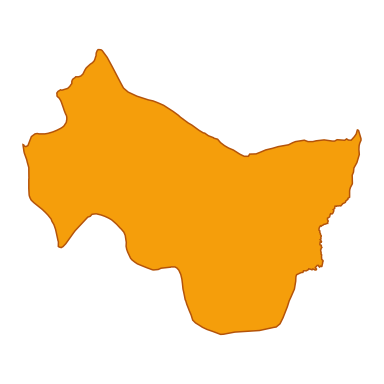 Sandu, Upper River, Gambia
{"feature_id": "56634734B93657392024497", "entity_name": "Sandu", "entity_type": "district", "adm_level": 2, "iso_a3": "GMB", "parent_name": "Gambia", "parent_adm1": "Upper River", "projection": "robinson", "projection_center": [-14.362, 13.426], "detail": "fine", "context": "isolated", "style": "filled", "palette": "amber", "viewbox_px": 384, "rotation_deg": 0, "n_neighbors": 0, "source": "geoboundaries", "source_scale": "gbopen_adm2", "svg_char_len": 4588}
<svg xmlns="http://www.w3.org/2000/svg" viewBox="0 0 384 384"><path d="M357.7,129.9L357.3,130.0L356.2,134.0L354.4,136.6L351.2,140.2L348.5,140.1L346.6,138.9L344.6,140.3L342.5,140.1L337.1,139.7L334.6,141.1L332.6,141.1L324.1,139.9L316.2,140.8L312.8,141.6L308.0,141.6L304.3,140.2L295.5,141.6L292.7,142.7L288.5,144.8L278.3,146.6L272.2,148.4L265.8,149.9L260.1,152.3L256.3,153.8L256.1,153.9L249.7,154.1L248.3,156.3L244.2,156.3L239.9,154.2L233.3,150.0L228.5,148.0L224.4,145.6L220.5,142.6L217.6,139.2L213.9,138.2L213.5,137.7L208.3,135.7L204.7,133.1L203.3,132.9L199.0,130.3L191.9,125.1L188.1,122.9L180.3,117.1L178.4,115.3L174.3,112.3L173.2,111.5L163.6,105.3L159.3,103.4L158.6,103.1L156.4,102.2L153.0,100.9L148.4,99.9L137.3,96.3L137.2,96.3L128.2,92.1L124.1,88.6L123.4,87.9L121.0,83.5L120.9,83.3L112.5,67.2L107.2,57.4L102.2,50.6L101.0,49.8L99.0,49.6L98.1,49.6L97.2,50.6L96.3,52.8L96.1,54.0L96.1,55.6L95.6,56.8L95.0,58.9L94.3,60.7L92.5,62.7L90.4,64.1L87.5,66.7L86.1,68.1L85.0,69.9L84.3,71.3L82.9,74.1L80.7,76.1L78.4,76.8L75.7,76.8L75.0,77.6L73.0,79.0L72.2,80.2L71.8,81.6L71.8,83.6L70.7,85.0L69.8,86.4L68.1,88.0L67.7,88.4L61.8,90.2L60.5,89.8L60.0,90.2L58.0,91.4L56.8,93.1L57.0,94.5L57.0,96.0L57.8,97.0L58.5,97.4L59.5,98.6L60.6,100.4L61.3,102.0L63.2,107.4L63.4,108.0L64.0,109.8L64.5,111.2L65.7,114.2L66.1,114.8L66.6,116.2L66.8,117.6L66.8,119.6L66.5,120.8L66.3,122.4L65.2,124.0L64.1,125.8L62.5,127.2L60.4,128.5L58.8,129.3L56.8,130.3L53.4,131.7L52.3,132.1L49.5,132.9L48.2,133.3L44.8,133.9L39.1,133.9L37.2,133.5L35.0,133.9L31.4,136.6L27.9,145.6L25.9,146.6L24.6,146.2L24.3,146.2L23.8,145.0L23.0,144.6L23.0,145.0L24.0,151.7L24.4,153.3L26.7,159.7L27.2,161.9L28.8,167.6L28.9,177.3L29.0,178.2L28.8,178.8L28.8,182.8L28.8,187.0L28.8,188.4L29.1,194.4L29.3,195.8L29.5,196.4L30.2,198.2L31.2,200.1L33.9,202.7L42.5,209.6L43.7,210.8L45.2,212.2L47.9,215.0L51.1,219.0L52.0,221.4L53.9,224.6L55.5,229.2L56.2,232.2L58.0,240.6L58.4,241.8L58.3,246.4L59.1,247.0L61.2,247.6L63.0,246.6L65.7,243.8L73.7,232.6L75.3,230.5L87.8,217.1L90.2,216.3L92.0,214.3L94.1,214.0L96.2,213.8L97.1,214.0L101.2,215.0L105.0,216.4L108.5,218.0L111.1,219.5L112.1,220.2L116.4,224.0L117.0,224.6L120.3,228.2L121.2,229.0L123.9,232.2L125.3,235.6L125.4,236.4L125.4,236.6L125.8,239.2L126.3,242.3L126.1,246.3L126.7,249.3L127.7,252.1L129.0,254.9L130.6,258.3L131.5,259.3L131.6,259.5L132.0,259.9L134.8,262.1L137.3,263.8L137.5,263.9L142.3,265.9L147.3,267.9L148.4,268.3L152.2,269.7L153.0,269.9L154.1,269.9L158.2,269.5L161.1,268.2L169.3,267.3L170.5,267.2L171.1,266.9L172.2,266.9L174.9,266.9L176.8,267.9L178.8,270.1L180.8,274.5L181.9,279.2L182.4,283.2L183.0,289.0L183.7,292.1L185.2,299.7L185.8,300.9L186.8,304.3L188.7,309.1L189.3,310.7L191.1,314.9L192.7,320.1L195.5,322.9L201.6,326.7L202.1,327.1L206.9,329.4L212.7,331.4L220.6,334.4L223.6,334.2L234.7,332.1L259.5,330.5L273.7,327.4L276.2,327.0L280.0,323.8L283.0,317.8L287.4,306.6L289.2,300.8L291.0,296.9L294.4,289.1L295.7,281.3L295.9,276.7L296.6,274.7L297.1,274.5L297.5,274.3L301.1,272.6L302.9,272.4L303.5,270.8L306.3,270.8L308.6,269.5L308.8,268.8L310.7,269.3L312.0,269.8L312.4,269.1L313.3,269.1L315.0,270.0L315.9,270.0L316.4,269.6L316.5,269.0L315.5,268.1L315.3,267.5L316.5,266.3L317.2,265.4L318.5,265.4L318.9,266.5L319.6,267.1L320.4,266.3L320.7,266.1L321.3,266.5L321.7,266.5L322.0,266.1L322.0,265.7L322.6,263.2L322.6,262.7L322.6,261.9L323.0,261.7L323.0,260.5L321.7,259.4L321.5,256.1L321.7,254.9L321.1,254.2L321.1,252.2L320.8,251.3L320.6,249.9L321.0,249.3L321.1,248.4L321.9,247.4L321.3,246.6L321.3,245.9L321.3,245.3L320.4,244.9L319.9,244.7L319.9,243.9L320.2,242.0L321.3,242.2L321.5,241.6L320.6,240.1L320.1,239.7L321.0,238.9L320.8,237.2L321.2,236.6L321.2,235.6L320.4,234.5L320.4,233.5L319.7,232.3L319.9,231.0L319.0,230.2L319.0,229.2L319.0,228.7L319.3,227.7L319.7,226.9L320.1,226.3L320.4,225.9L320.5,225.8L321.2,226.2L321.8,225.6L322.9,225.2L323.8,224.4L324.4,224.3L325.7,224.0L327.0,223.4L327.7,223.4L327.7,222.1L328.1,221.5L328.1,220.7L327.5,220.0L327.5,218.2L329.6,216.9L329.8,216.1L329.9,215.7L330.1,214.7L330.6,213.7L331.0,213.7L331.9,214.0L332.7,213.4L333.6,211.5L333.8,210.4L333.2,209.6L333.6,209.4L334.7,208.4L334.7,207.3L335.1,206.1L336.6,206.3L336.9,205.9L338.8,205.9L339.5,205.7L340.8,205.9L341.7,204.9L342.2,204.4L342.5,203.8L344.2,203.0L345.3,202.4L345.7,201.5L345.7,201.1L347.9,199.3L347.9,198.4L349.6,197.2L349.6,191.0L349.8,189.5L350.5,187.3L352.2,184.1L352.4,183.3L352.3,179.4L352.3,178.7L352.2,175.2L353.5,172.1L353.9,168.0L356.9,162.6L357.7,159.9L359.3,154.5L358.9,149.4L359.1,145.7L359.8,143.0L361.0,140.3L361.0,138.7L358.6,130.6L357.7,129.9Z" fill="#f59e0b" stroke="#b45309" stroke-width="1.5"/></svg>